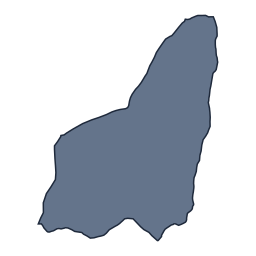 Bartsham, Tashigang, Bhutan (Equal Earth projection)
{"feature_id": "84629894B93354039766562", "entity_name": "Bartsham", "entity_type": "district", "adm_level": 2, "iso_a3": "BTN", "parent_name": "Bhutan", "parent_adm1": "Tashigang", "projection": "equal_earth", "projection_center": [91.601, 27.382], "detail": "fine", "context": "isolated", "style": "filled", "palette": "slate", "viewbox_px": 256, "rotation_deg": 0, "n_neighbors": 0, "source": "geoboundaries", "source_scale": "gbopen_adm2", "svg_char_len": 2548}
<svg xmlns="http://www.w3.org/2000/svg" viewBox="0 0 256 256"><path d="M213.3,16.8L210.3,16.8L208.6,16.9L205.6,15.4L201.2,15.5L197.8,15.5L196.0,16.1L191.7,17.9L189.7,19.1L187.6,19.5L185.3,19.2L184.5,21.4L182.3,23.0L179.0,26.9L173.9,33.3L171.8,35.7L170.0,36.4L165.6,39.1L162.8,43.0L158.8,48.8L156.4,52.5L154.4,57.3L152.2,61.6L149.8,65.8L148.2,70.0L146.9,73.5L145.1,76.1L141.4,82.3L138.5,86.2L135.6,89.3L132.2,94.2L130.5,97.6L129.5,101.0L128.7,105.6L128.2,106.6L127.6,107.6L125.6,108.7L120.1,109.5L116.1,110.5L112.0,111.9L106.4,114.6L98.8,117.5L91.9,119.8L82.7,123.6L73.6,128.7L66.8,132.9L64.1,134.9L60.9,135.5L60.7,136.7L57.6,141.6L54.5,145.8L54.5,149.5L55.0,159.2L55.5,166.0L55.9,172.7L55.4,179.6L51.0,186.8L46.4,193.6L44.2,200.2L43.3,202.8L43.4,212.6L42.9,213.7L40.7,218.0L38.3,223.9L41.4,223.9L42.7,225.6L44.0,228.0L47.0,231.4L48.0,232.0L49.7,232.0L50.5,231.6L51.8,231.2L53.4,230.8L54.7,230.1L56.9,228.8L58.9,228.5L61.1,228.9L64.1,228.2L65.5,227.7L68.0,228.0L72.0,229.8L74.6,231.4L77.7,231.9L79.2,232.1L81.8,232.5L83.6,234.2L85.4,235.1L87.4,236.2L90.3,238.1L91.5,238.0L94.0,237.8L98.2,236.6L101.1,236.0L103.8,235.2L106.3,233.2L109.3,229.7L115.6,226.0L117.2,225.2L119.6,223.5L121.2,222.0L123.0,220.4L124.6,218.8L127.7,218.3L133.1,218.8L140.7,226.8L143.9,229.6L149.0,232.4L151.9,235.7L152.6,236.3L157.4,240.6L158.2,240.5L161.5,236.6L161.6,235.1L163.1,232.5L163.9,231.0L165.1,229.2L166.9,227.9L168.9,226.6L171.4,224.9L173.1,224.5L173.9,223.8L175.2,223.8L176.0,224.1L177.5,224.8L178.7,225.3L181.3,224.3L183.2,223.4L185.4,222.2L186.2,221.1L186.6,219.7L186.6,217.9L186.8,216.8L187.1,215.1L187.3,213.7L187.9,212.9L190.6,210.9L191.8,209.6L192.3,208.7L192.6,206.4L193.6,204.8L193.6,203.8L192.7,200.2L192.5,198.0L192.8,194.9L193.0,193.6L193.3,192.1L193.5,190.5L193.8,188.1L193.9,186.7L193.8,185.1L193.6,183.7L193.7,180.9L193.9,178.9L194.1,177.5L194.9,175.7L196.3,171.4L196.7,167.3L197.3,164.1L199.5,160.4L199.9,155.3L201.1,151.0L201.8,145.0L202.9,140.7L203.1,139.7L205.7,136.1L206.5,134.7L207.6,132.9L208.5,130.3L210.1,126.4L210.0,121.6L210.2,117.3L209.9,112.3L209.6,109.6L209.5,108.2L209.3,107.3L208.6,104.1L208.3,102.4L208.7,100.8L208.8,99.2L208.9,98.0L209.1,97.0L209.4,95.5L209.9,90.8L210.0,89.6L210.8,86.0L211.1,84.2L212.9,73.5L213.8,72.3L215.1,71.2L216.2,69.6L217.7,62.1L217.4,60.6L217.3,59.3L217.1,57.7L216.4,55.7L216.1,53.1L216.0,50.7L215.9,49.0L215.5,47.4L215.4,45.9L215.3,44.6L215.3,41.9L215.3,40.7L215.5,39.5L215.8,38.7L216.3,37.6L217.1,36.1L217.1,34.0L216.8,27.4L215.1,21.4L213.3,16.8Z" fill="#64748b" stroke="#1e293b" stroke-width="1.5"/></svg>